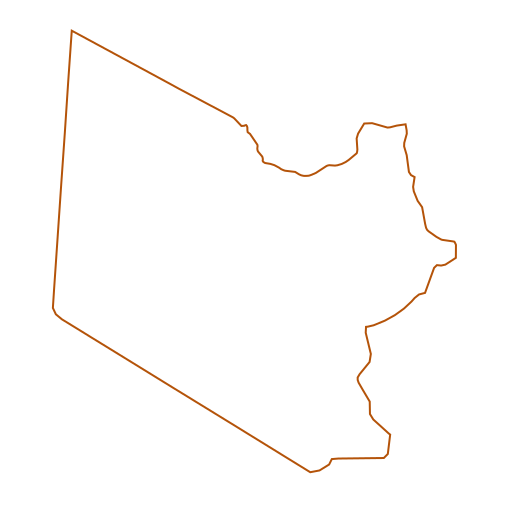 an SVG outline of Huehuetenango, rotated 274°
{"feature_id": "GTM-1943", "entity_name": "Huehuetenango", "entity_type": "Department", "adm_level": 1, "iso_a3": "GTM", "parent_name": "Guatemala", "parent_adm1": "", "projection": "robinson", "projection_center": [-91.471, 15.613], "detail": "fine", "context": "isolated", "style": "outline", "palette": "amber", "viewbox_px": 512, "rotation_deg": 274, "n_neighbors": 0, "source": "natural_earth", "source_scale": "10m", "svg_char_len": 1787}
<svg xmlns="http://www.w3.org/2000/svg" viewBox="0 0 512 512"><g transform="rotate(274 256 256)"><path d="M44.1,325.2L58.4,297.9L88.6,240.3L118.7,182.6L145.0,132.4L163.6,96.8L170.7,83.3L179.3,66.8L183.9,60.4L190.0,57.0L207.3,56.9L259.9,56.8L312.4,56.7L365.0,56.7L417.5,56.5L467.9,56.5L421.2,159.4L417.5,167.4L392.7,223.3L391.8,224.7L384.7,232.4L385.1,235.2L385.6,236.0L385.9,237.0L385.1,237.8L383.7,238.4L380.5,238.7L378.9,239.1L377.4,241.5L367.1,249.6L365.8,249.9L363.4,249.8L362.2,250.0L361.2,250.3L360.3,250.8L355.6,255.3L354.0,255.9L352.6,256.1L351.4,256.0L350.3,256.8L349.4,258.6L348.9,263.9L347.9,268.0L345.7,272.9L344.4,275.0L343.5,277.5L343.1,279.1L342.6,289.2L340.5,293.2L339.7,295.3L339.5,296.4L339.3,297.8L339.3,299.2L339.6,301.9L339.8,303.1L340.2,304.2L341.1,306.2L341.6,307.1L342.0,308.0L343.1,310.0L350.8,320.2L351.4,321.6L351.7,322.9L351.7,328.5L352.2,330.9L353.8,335.1L356.0,338.9L358.3,341.8L365.5,349.3L367.0,349.6L369.2,349.7L380.3,348.2L385.2,349.3L395.7,354.7L396.6,362.6L393.3,378.2L393.7,380.7L395.9,387.3L397.8,396.0L391.9,397.5L388.5,397.9L379.2,396.0L375.7,396.1L367.1,399.3L350.5,402.7L347.5,405.0L345.8,408.7L335.9,407.9L331.5,408.9L322.3,413.4L316.3,418.3L299.8,422.5L296.0,423.7L294.1,424.8L292.7,426.4L287.7,434.6L285.4,439.5L285.1,440.6L284.3,451.6L284.1,452.9L282.4,454.0L281.0,454.7L268.1,455.5L260.6,445.5L259.4,441.4L259.5,437.1L256.6,434.5L231.0,427.2L229.0,421.3L225.2,417.2L221.4,414.3L213.9,407.3L206.8,398.8L200.5,389.1L195.1,378.2L193.3,372.4L193.0,370.7L187.1,370.8L166.3,377.4L158.2,376.7L145.3,367.6L141.9,365.9L139.4,366.1L136.8,367.2L130.3,371.6L118.7,379.6L106.3,380.7L101.1,384.4L88.2,400.8L87.2,402.3L67.7,401.3L63.4,397.6L59.7,352.3L58.7,345.8L53.1,343.5L46.5,334.3L44.1,325.2Z" fill="none" stroke="#b45309" stroke-width="2"/></g></svg>